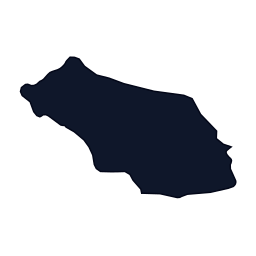 Nabeul, Mercator projection, rotated 256°
{"feature_id": "TUN-107", "entity_name": "Nabeul", "entity_type": "Governorate", "adm_level": 1, "iso_a3": "TUN", "parent_name": "Tunisia", "parent_adm1": "", "projection": "mercator", "projection_center": [10.722, 36.719], "detail": "fine", "context": "isolated", "style": "filled", "palette": "ink", "viewbox_px": 256, "rotation_deg": 256, "n_neighbors": 0, "source": "natural_earth", "source_scale": "10m", "svg_char_len": 1201}
<svg xmlns="http://www.w3.org/2000/svg" viewBox="0 0 256 256"><g transform="rotate(256 128 128)"><path d="M61.4,125.5L65.6,125.7L76.1,120.3L82.5,118.7L86.6,114.5L88.2,107.2L89.6,101.3L92.5,90.8L96.3,87.5L100.7,86.5L110.3,87.3L119.1,85.6L127.1,82.4L137.4,74.9L143.8,68.2L145.7,67.3L146.5,64.9L147.2,63.5L159.1,53.7L160.8,51.6L161.4,48.7L160.6,46.9L160.2,45.2L162.1,42.6L166.6,40.5L177.1,39.4L185.1,33.2L189.4,32.5L193.0,34.4L195.0,39.0L194.7,41.3L192.5,44.4L192.0,47.1L192.5,50.0L194.5,53.7L195.0,56.1L195.7,57.9L199.3,63.2L200.7,65.8L201.1,68.4L201.5,73.9L202.1,76.5L203.0,78.5L204.4,80.9L205.9,82.8L207.0,83.6L208.2,85.0L210.7,88.9L209.5,93.2L206.7,97.3L198.4,100.7L187.0,110.3L180.9,121.7L172.0,134.7L157.4,162.0L146.2,190.1L140.9,197.3L123.7,201.7L103.6,213.2L96.4,211.1L89.2,216.5L84.7,223.5L83.7,221.2L82.5,218.8L82.1,218.2L81.7,217.7L81.0,217.3L79.8,217.2L78.3,217.5L75.5,218.8L74.0,219.8L72.6,220.5L71.2,220.5L69.1,219.4L67.7,218.3L63.5,217.4L57.5,218.5L50.7,219.7L49.4,219.5L48.8,219.2L47.8,218.7L47.0,217.9L46.3,216.9L45.8,215.9L45.3,210.7L45.7,192.4L49.4,169.6L48.7,163.4L48.2,161.5L48.6,159.0L56.5,143.2L61.1,126.8L61.4,125.5Z" fill="#0f172a" stroke="#020617" stroke-width="1.5"/></g></svg>